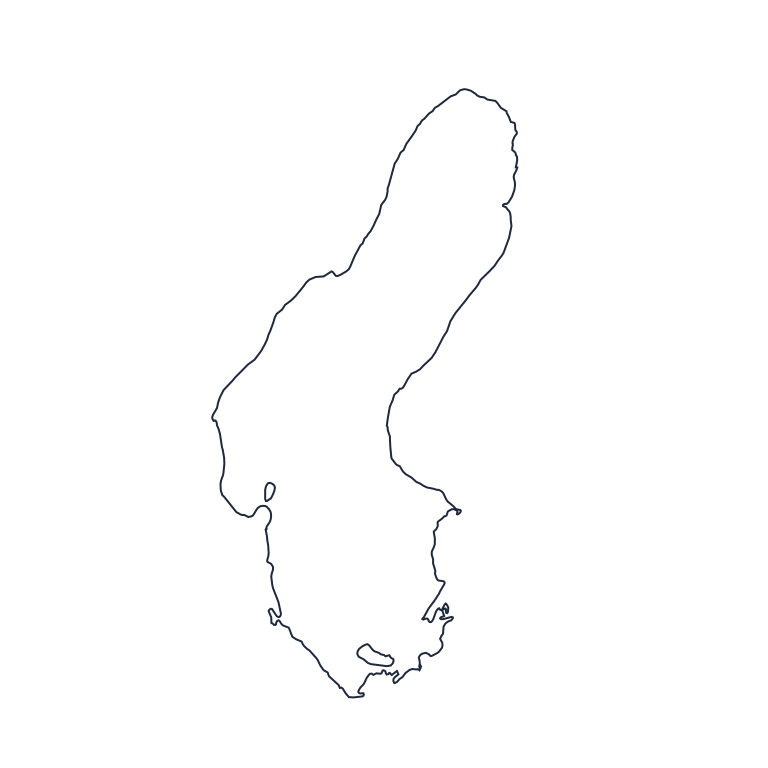 the district of Lago de Yojoa, Cortés, Honduras, rotated 201°
{"feature_id": "27666195B21921991690225", "entity_name": "Lago de Yojoa", "entity_type": "district", "adm_level": 2, "iso_a3": "HND", "parent_name": "Honduras", "parent_adm1": "Cortés", "projection": "equal_earth", "projection_center": [-88.001, 14.865], "detail": "fine", "context": "isolated", "style": "outline", "palette": "slate", "viewbox_px": 768, "rotation_deg": 201, "n_neighbors": 0, "source": "geoboundaries", "source_scale": "gbopen_adm2", "svg_char_len": 6147}
<svg xmlns="http://www.w3.org/2000/svg" viewBox="0 0 768 768"><g transform="rotate(201 384 384)"><path d="M442.6,644.3L443.2,642.8L443.6,639.8L445.1,636.9L445.3,631.9L446.7,625.6L449.2,616.2L449.5,609.5L451.5,605.9L451.8,599.2L453.0,593.6L450.8,571.4L450.7,567.7L449.6,565.0L448.7,559.5L448.9,556.4L450.3,551.8L450.7,549.9L449.4,541.1L450.1,534.6L450.5,527.9L451.3,521.7L452.4,518.9L453.1,515.2L454.3,513.2L454.3,507.6L455.6,505.2L455.9,503.4L457.2,493.4L457.6,481.1L458.0,478.5L459.6,475.6L464.0,470.1L465.9,468.3L467.7,467.7L472.0,470.2L473.3,470.3L478.9,462.8L486.2,459.4L491.0,454.8L493.0,450.8L494.3,445.8L498.1,434.3L500.8,428.5L504.7,422.4L505.8,417.0L509.3,411.0L509.8,407.0L509.4,402.3L509.2,393.0L509.5,388.9L509.1,383.5L509.5,378.1L510.6,370.5L513.5,360.4L518.0,353.4L525.4,336.5L526.5,333.1L531.6,320.8L532.4,312.8L532.2,307.1L531.3,301.8L532.6,294.0L532.5,291.5L531.8,290.1L530.0,288.6L529.5,288.5L529.1,289.3L528.3,289.5L526.6,288.4L525.1,285.6L522.2,282.6L519.3,278.7L512.6,266.9L510.9,264.7L506.8,257.8L504.4,252.2L501.9,243.0L501.6,240.7L501.5,235.5L500.8,231.9L498.1,226.0L495.2,222.4L492.6,221.3L475.9,211.5L470.3,210.7L467.3,211.7L463.0,211.2L460.4,212.9L459.1,214.5L458.0,220.8L457.3,223.2L456.0,225.2L454.0,226.6L451.3,227.5L449.5,227.4L446.3,225.8L443.8,223.7L442.0,220.2L441.2,216.5L441.3,213.8L442.4,209.0L442.3,207.8L441.6,206.5L441.8,206.1L442.3,206.2L442.4,205.8L438.7,199.9L436.9,196.2L434.3,191.8L431.1,184.9L430.2,181.4L430.0,178.2L429.6,176.8L428.8,176.1L424.8,175.6L422.2,173.6L421.1,171.0L420.9,167.0L420.3,163.9L416.2,156.2L414.5,153.7L404.4,142.6L398.0,132.8L397.6,131.1L397.8,129.8L398.3,129.0L399.3,128.6L400.5,128.7L401.8,129.4L407.9,133.8L409.1,133.6L410.1,132.2L410.4,131.2L410.2,130.5L405.7,125.8L403.4,120.5L401.9,120.4L400.4,119.7L399.0,120.2L398.7,120.9L399.1,122.3L398.9,124.0L398.4,125.2L397.8,125.6L396.3,125.2L393.9,123.3L391.9,122.4L385.8,122.4L384.8,121.6L379.0,115.2L374.6,114.2L368.6,114.0L366.7,112.1L364.4,110.6L361.0,109.2L357.8,108.4L349.0,103.9L346.8,102.4L342.7,98.5L337.9,95.2L333.2,94.5L330.7,91.5L318.5,86.7L316.3,84.4L315.1,85.3L313.5,84.9L308.9,81.5L304.6,79.1L300.1,80.5L292.2,84.6L291.5,85.6L291.6,86.9L292.4,87.9L295.0,86.7L296.4,86.5L297.5,87.2L297.9,88.5L297.2,92.3L295.3,96.8L294.8,103.6L293.9,107.0L293.2,108.5L291.6,109.2L289.8,108.6L287.4,111.1L283.3,112.3L282.7,113.0L282.6,116.0L281.9,116.6L279.9,116.4L278.4,114.4L277.4,113.8L276.0,114.7L275.8,115.8L275.1,116.4L272.5,115.1L269.1,120.7L266.5,118.1L268.8,114.2L269.4,111.9L268.8,110.0L267.4,108.6L266.9,108.6L265.1,110.5L263.7,114.2L261.7,117.1L260.4,121.8L257.6,126.3L255.4,128.1L251.4,129.1L250.2,130.0L248.3,129.4L248.1,132.1L248.3,133.7L248.8,134.1L249.2,132.3L249.8,132.7L250.5,136.0L251.6,138.4L253.5,141.2L253.3,143.0L252.8,144.4L251.7,145.9L248.6,148.0L245.3,147.8L243.3,146.8L242.2,147.0L237.7,152.1L236.6,154.1L235.4,158.3L235.5,160.0L236.0,161.7L236.9,163.3L240.3,166.2L240.2,169.1L239.4,172.0L241.4,178.7L241.0,181.7L240.6,182.9L239.3,184.9L236.4,187.6L235.8,190.2L236.3,190.9L237.8,190.6L244.4,185.7L246.4,184.9L247.6,185.2L247.7,185.7L247.4,186.5L244.7,188.9L248.0,193.0L248.4,194.0L248.4,194.8L247.1,195.4L246.7,196.1L246.1,196.4L245.5,196.0L244.7,193.9L243.8,192.6L243.0,192.7L242.6,193.8L243.8,198.2L245.8,200.2L247.7,201.2L248.3,200.0L249.1,193.3L251.1,193.4L252.0,194.4L252.9,193.7L253.3,192.7L253.9,190.3L253.7,181.9L254.0,180.3L254.6,178.9L255.5,178.2L256.4,178.2L257.5,178.9L258.5,180.1L259.5,180.5L260.8,180.0L263.0,178.1L264.0,178.3L263.9,179.2L263.3,180.2L263.1,181.5L261.9,190.5L259.3,199.6L257.5,207.8L257.3,211.0L256.0,218.6L256.0,219.8L256.6,220.8L257.6,221.2L262.8,220.1L263.8,220.3L265.6,221.8L268.0,224.6L268.7,225.8L268.8,227.2L269.3,228.2L273.9,234.1L275.3,237.9L278.1,241.5L278.7,242.8L279.3,244.9L279.0,249.8L279.2,252.7L281.2,258.1L284.6,263.8L284.3,265.1L283.2,267.1L282.9,269.9L283.1,271.3L284.3,273.7L284.3,274.7L281.3,279.6L280.4,282.0L279.1,282.8L278.5,283.7L278.7,287.7L278.5,288.2L275.7,291.5L273.6,292.2L270.1,291.9L269.7,291.1L269.3,288.6L268.8,288.5L267.8,289.5L266.8,291.3L266.7,292.4L267.0,293.4L267.6,293.7L272.1,293.0L275.2,294.7L282.2,297.0L284.4,298.4L289.6,303.4L292.4,304.6L294.8,304.8L297.2,304.1L300.5,303.9L306.9,302.8L311.1,303.2L314.7,304.0L318.7,304.2L324.8,306.5L331.5,307.6L335.1,309.2L339.8,312.9L342.7,313.0L344.1,313.4L350.1,317.1L350.8,318.0L355.1,326.6L358.8,334.8L359.5,336.9L363.1,341.2L364.4,343.1L365.1,345.0L366.4,346.0L368.1,353.0L370.4,364.8L370.1,372.1L370.6,377.6L368.3,382.2L367.7,385.2L366.2,385.8L365.1,387.1L364.6,389.1L363.6,397.0L362.1,403.4L358.2,407.3L355.7,410.6L353.7,415.5L348.9,425.4L347.4,432.1L345.5,449.3L344.1,455.9L344.5,466.4L342.7,475.9L337.3,492.6L336.1,497.2L332.7,506.8L331.8,510.6L331.1,515.9L325.8,527.4L323.1,534.1L321.7,540.5L320.0,546.1L319.4,549.2L319.6,565.2L321.6,577.2L324.5,582.6L325.8,585.8L327.5,588.7L329.0,590.2L330.5,590.8L333.5,592.7L336.6,592.8L337.1,593.8L336.5,594.8L335.5,595.6L334.0,596.1L332.8,598.4L331.6,604.8L331.8,611.8L332.8,616.2L334.2,619.4L337.0,623.4L337.6,626.1L337.0,630.8L337.2,633.9L338.6,633.5L339.7,640.1L340.8,643.0L341.7,644.3L342.8,644.8L343.4,646.0L344.5,647.2L348.2,648.5L348.9,650.6L349.2,652.7L349.9,654.5L350.5,655.1L350.9,657.2L350.8,661.6L349.7,665.3L350.3,666.7L351.0,667.4L352.0,667.8L352.9,669.2L354.9,673.6L355.9,674.5L359.5,674.1L363.0,678.0L366.4,680.9L367.4,682.5L373.9,683.7L379.2,687.2L381.5,688.2L389.5,686.6L393.2,687.5L397.2,686.5L400.3,686.7L402.2,687.6L407.9,688.9L411.7,688.7L414.8,688.0L418.2,685.5L420.8,680.0L424.8,676.5L433.1,663.0L435.2,660.4L435.6,659.6L436.4,656.2L438.9,652.6L441.6,645.7L442.6,644.3ZM306.4,135.1L304.5,134.8L298.8,131.5L296.6,131.0L292.3,131.2L290.4,130.5L286.7,131.0L285.1,130.3L281.8,132.7L280.4,131.5L279.1,130.8L276.7,130.5L275.8,128.8L275.7,126.5L276.8,123.6L280.3,121.6L295.8,117.8L299.0,117.8L304.5,119.7L309.9,120.3L312.2,122.4L312.8,125.0L312.4,127.6L310.7,130.6L308.3,133.6L306.4,135.1ZM455.1,250.9L452.4,250.8L450.2,250.0L448.7,248.3L448.1,245.1L448.1,241.2L448.6,236.5L449.6,235.5L451.2,232.9L452.4,232.5L453.8,234.2L457.0,242.6L457.5,246.5L456.8,249.7L455.1,250.9Z" fill="none" stroke="#1e293b" stroke-width="2"/></g></svg>